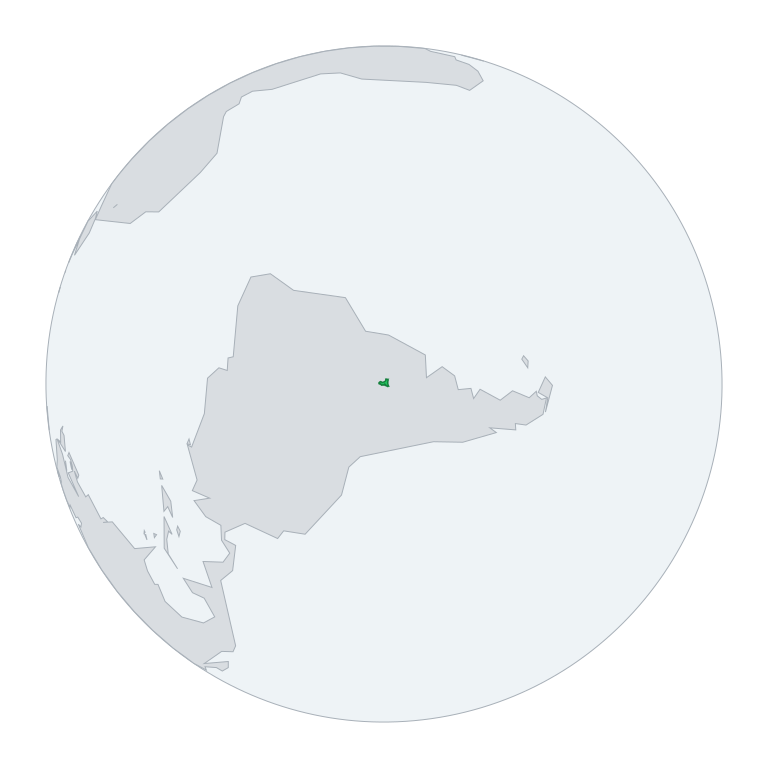 globe centered on Ñeembucú, rotated 259°
{"feature_id": "PRY-610", "entity_name": "Ñeembucú", "entity_type": "Department", "adm_level": 1, "iso_a3": "PRY", "parent_name": "Paraguay", "parent_adm1": "", "projection": "orthographic", "projection_center": [-58.039, -26.618], "detail": "fine", "context": "on_globe", "style": "filled", "palette": "green", "viewbox_px": 768, "rotation_deg": 259, "n_neighbors": 0, "source": "natural_earth", "source_scale": "10m", "svg_char_len": 4896}
<svg xmlns="http://www.w3.org/2000/svg" viewBox="0 0 768 768"><g transform="rotate(259 384 384)"><circle cx="384" cy="384" r="338" fill="#eef3f6" stroke="#a8b0b8"/><path d="M280.2,62.4L280.6,62.4L304.7,57.2L301.5,59.2L305.1,60.5L311.8,58.0L311.5,56.2L324.9,52.8L322.8,52.1L327.9,51.0L329.8,50.5L340.3,48.9L341.4,48.8L351.3,47.8L350.0,48.6L354.3,48.6L364.9,47.0L371.7,48.8L392.1,51.4L392.5,52.6L376.5,55.0L352.6,56.0L331.7,62.8L357.0,57.1L357.8,61.8L362.9,62.4L369.7,61.9L374.0,59.9L376.8,61.7L352.8,67.0L349.9,65.4L357.6,63.4L346.3,64.4L330.1,69.7L331.8,72.6L305.6,80.4L306.5,82.9L301.3,86.5L301.7,81.8L300.5,91.0L270.0,107.8L267.8,128.6L257.1,115.0L245.6,116.2L231.1,120.7L230.4,123.9L212.3,127.6L193.8,141.1L183.9,161.2L187.7,173.4L208.1,166.6L215.7,156.2L231.6,149.9L217.1,176.3L244.3,172.5L239.8,192.0L247.4,200.3L261.7,194.7L276.4,196.9L287.8,183.7L305.8,175.3L305.2,191.1L315.9,175.5L325.4,182.2L361.8,179.4L358.8,183.1L389.2,202.0L423.4,211.9L431.4,225.0L427.2,232.7L439.3,235.9L439.5,241.2L488.6,255.4L514.4,273.8L513.9,293.5L493.2,313.1L476.1,362.6L439.3,376.0L431.2,397.8L404.6,430.1L382.1,426.9L389.9,444.4L378.5,454.9L364.3,455.8L363.1,468.5L352.6,469.2L360.5,477.3L345.9,495.0L352.8,508.9L342.8,523.9L347.8,532.1L343.1,532.2L338.8,535.9L339.3,540.8L323.9,534.3L316.6,515.6L320.1,505.4L313.8,504.6L320.8,479.5L314.9,485.0L311.8,450.2L317.9,421.6L317.2,346.8L309.1,333.6L283.1,321.1L251.6,277.9L259.0,257.5L252.6,250.1L273.7,221.0L268.9,199.6L261.6,198.0L253.8,207.6L229.7,199.8L222.3,186.2L155.3,188.4L150.0,184.7L152.5,173.6L143.9,154.2L141.3,178.2L135.3,177.0L133.1,170.5L137.6,165.4L140.6,154.4L137.1,155.0L146.0,144.1L165.4,126.3L186.3,110.0L208.3,95.4L231.4,82.5L255.4,71.5L280.2,62.4ZM264.7,136.9L295.9,142.8L276.8,147.3L280.7,144.5L273.0,141.1L258.4,139.8L242.0,146.1L264.7,136.9ZM281.7,121.4L276.2,121.6L281.8,120.5L281.7,121.4ZM325.0,51.3L324.8,51.3L325.0,51.3ZM350.5,549.1L325.6,537.1L339.2,542.1L346.3,533.8L360.2,543.7L350.5,549.1ZM372.5,528.2L382.1,524.0L385.1,526.4L379.1,529.9L372.5,528.2ZM639.8,163.2L645.1,169.6L653.0,179.5L667.4,199.9L680.2,221.3L691.4,243.6L700.9,266.6L708.7,290.3L714.7,314.5L718.9,339.1L721.3,363.9L721.9,388.8L720.6,413.7L717.5,438.5L712.6,462.9L705.9,486.9L705.4,488.4L701.6,493.3L691.8,515.9L688.4,516.6L681.5,528.4L673.1,535.9L662.7,539.2L655.9,524.1L663.4,512.0L672.1,482.7L687.6,420.3L697.7,400.5L700.5,380.9L694.6,330.3L696.5,310.8L692.9,298.8L686.7,295.2L681.6,281.2L677.0,277.5L642.4,264.1L626.7,244.1L595.9,195.7L598.5,183.0L590.0,165.5L600.4,132.0L612.7,140.6L632.2,154.7L639.8,163.2ZM601.0,125.0L600.2,124.3L608.4,135.5L601.5,132.3L588.5,123.5L569.4,104.7L587.0,114.2L580.5,109.1L563.2,97.6L567.4,100.2L601.0,125.0ZM608.6,151.9L611.1,156.4L611.2,156.5L608.6,151.9ZM362.9,179.2L367.2,182.1L361.3,182.4L362.9,179.2ZM273.4,153.6L280.4,152.7L283.8,154.3L278.3,155.9L273.4,153.6ZM333.5,146.3L341.8,146.9L332.9,148.7L333.5,146.3ZM301.0,143.7L326.9,146.4L309.6,152.3L293.3,151.1L304.9,148.3L301.0,143.7ZM277.0,129.3L281.2,129.5L279.5,132.0L277.0,129.3ZM285.8,120.7L284.1,121.2L282.3,119.7L285.8,120.7ZM359.2,61.4L361.2,61.1L367.9,61.0L364.2,61.9L359.2,61.4ZM400.6,57.7L404.1,60.8L399.1,58.8L394.6,60.1L378.5,58.4L391.9,53.2L388.7,55.5L400.6,57.7ZM360.8,55.9L369.5,56.7L359.4,56.1L360.8,55.9ZM541.0,84.8L539.4,84.0L535.5,82.0L541.0,84.8ZM556.2,93.3L555.2,92.7L555.3,92.7L556.2,93.3ZM358.2,47.1L361.5,46.9L354.7,47.4L358.2,47.1ZM424.8,48.6L426.6,49.1L411.9,47.5L402.5,46.6L424.8,48.6ZM681.9,543.6L683.5,540.3L691.1,524.9L692.1,522.7L681.9,543.6Z" fill="#d9dde1" stroke="#a8b0b8" stroke-width="1"/><path d="M383.6,381.5L383.6,381.4L383.7,381.2L383.8,381.1L384.1,381.0L384.3,380.9L384.9,380.4L385.0,380.3L385.0,380.2L384.7,380.2L384.9,379.9L385.0,379.9L384.9,379.7L385.0,379.6L385.3,379.5L385.4,379.4L385.4,379.2L385.5,379.2L385.6,379.3L385.7,379.2L385.8,379.2L385.8,379.3L386.0,379.5L386.4,379.8L386.5,379.8L386.6,380.0L386.8,380.3L387.0,381.3L386.2,382.1L386.0,382.5L385.9,382.7L385.8,382.8L386.1,385.0L386.6,385.8L387.2,386.5L387.3,386.5L388.2,386.7L388.4,386.7L388.4,386.8L388.4,387.1L387.9,388.4L387.8,388.8L387.7,388.7L387.4,388.6L386.9,388.7L386.7,388.7L385.8,388.2L385.7,388.2L385.2,388.1L384.7,388.0L384.7,387.9L384.2,387.8L383.9,387.8L383.6,387.8L383.0,387.8L381.5,387.9L381.1,388.1L381.1,387.8L381.1,387.7L380.9,387.5L380.8,387.4L380.8,387.2L381.0,387.0L381.2,386.9L381.3,386.9L381.3,386.7L381.5,386.6L381.6,386.4L381.7,386.2L381.8,386.1L381.7,386.0L381.7,385.9L381.8,385.8L382.0,385.8L382.1,385.7L382.4,385.6L382.5,385.6L382.5,385.4L382.4,385.3L382.4,385.1L382.5,385.1L382.8,385.1L382.7,385.0L382.7,384.9L382.8,384.9L382.9,384.4L383.0,384.2L383.3,384.2L383.2,384.1L383.3,383.9L383.3,383.7L383.2,383.7L383.1,383.4L383.1,383.2L383.1,382.9L383.1,382.7L383.3,382.4L383.3,382.2L383.4,381.9L383.6,381.8L383.6,381.7L383.4,381.5L383.4,381.4L383.5,381.4L383.5,381.5L383.6,381.5Z" fill="#22c55e" stroke="#15803d" stroke-width="1.5"/></g></svg>